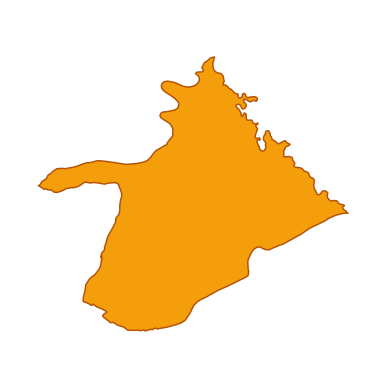 Kenethao, Xaignabouri, Laos (orthographic projection), rotated 261°
{"feature_id": "54806243B29120113935386", "entity_name": "Kenethao", "entity_type": "district", "adm_level": 2, "iso_a3": "LAO", "parent_name": "Laos", "parent_adm1": "Xaignabouri", "projection": "orthographic", "projection_center": [101.393, 17.858], "detail": "fine", "context": "isolated", "style": "filled", "palette": "amber", "viewbox_px": 384, "rotation_deg": 261, "n_neighbors": 0, "source": "geoboundaries", "source_scale": "gbopen_adm2", "svg_char_len": 6010}
<svg xmlns="http://www.w3.org/2000/svg" viewBox="0 0 384 384"><g transform="rotate(261 192 192)"><path d="M146.9,342.5L149.0,341.0L151.2,338.8L152.4,338.5L153.5,338.4L153.8,338.6L154.4,340.1L154.6,340.3L155.0,340.3L156.0,338.7L157.1,335.8L157.5,335.4L159.4,334.4L160.8,333.3L161.5,329.8L161.3,328.6L161.3,328.2L162.0,327.1L163.4,325.9L164.7,325.2L166.1,324.9L167.8,325.1L169.4,325.8L170.0,325.9L170.4,325.7L171.9,324.3L172.5,323.2L172.5,321.2L172.0,320.4L170.2,318.8L169.7,318.1L169.6,316.4L170.0,315.4L170.3,315.2L172.4,314.7L177.4,313.1L180.6,313.6L183.9,314.6L186.2,314.1L188.2,311.1L192.6,309.9L193.7,308.9L194.0,308.5L194.1,307.8L195.5,305.9L197.8,304.4L199.1,302.4L200.1,298.8L201.0,297.0L201.7,296.8L202.3,296.8L203.7,297.9L204.3,298.0L205.2,297.7L207.6,296.5L210.1,296.4L210.6,296.1L212.0,293.0L212.0,290.6L212.3,288.6L213.8,288.3L218.3,289.1L220.6,290.9L221.5,291.3L222.0,291.9L222.7,294.7L223.2,295.8L223.7,296.2L224.0,296.0L226.0,293.2L228.0,292.1L228.1,291.5L227.7,289.9L226.1,285.6L226.1,285.0L226.4,284.6L229.8,281.4L230.8,279.9L231.3,279.5L232.0,279.2L233.2,279.3L233.8,279.1L235.6,278.2L237.2,278.3L240.0,277.5L240.4,277.0L240.7,276.4L240.7,275.5L240.4,274.8L239.6,274.0L238.8,273.7L237.5,273.4L236.3,272.0L234.8,271.2L232.8,270.9L231.9,271.0L229.1,272.4L228.3,272.6L226.9,271.9L225.2,272.0L223.8,271.6L221.7,269.8L221.3,269.2L221.3,268.6L221.5,267.7L222.1,266.9L223.8,265.6L226.0,265.5L229.9,264.2L232.6,264.2L233.1,264.5L233.3,264.9L232.6,267.0L233.0,267.5L233.8,267.4L234.9,267.0L234.7,265.0L235.3,263.7L235.9,263.2L237.0,263.0L239.5,264.1L241.6,265.4L243.9,266.4L245.0,266.3L247.2,265.2L247.6,265.3L248.2,266.0L248.6,267.1L249.0,267.7L249.6,267.8L249.8,267.6L249.4,266.4L249.5,265.5L250.0,263.8L250.5,263.2L253.0,262.6L253.7,262.0L253.9,261.0L254.0,259.0L254.3,258.1L254.7,257.6L255.0,257.3L255.6,257.2L256.9,257.1L260.0,257.7L261.5,256.8L261.7,256.4L261.6,255.8L260.8,255.0L258.8,253.8L258.9,253.4L259.5,252.7L260.0,252.5L260.9,252.8L261.8,252.8L265.5,251.6L266.8,250.9L268.9,249.2L270.2,248.9L270.7,249.0L271.2,249.6L271.4,251.1L271.2,252.2L270.6,252.9L269.6,253.4L266.5,254.6L266.1,255.0L266.0,255.7L266.3,257.0L267.2,258.2L268.0,258.8L269.4,259.2L270.7,258.9L272.3,257.7L273.8,257.3L274.5,257.3L275.0,257.5L275.2,257.8L275.4,258.4L275.2,259.0L274.0,260.9L272.3,262.9L272.0,263.8L272.0,264.4L272.9,266.9L272.9,267.3L272.5,268.2L271.8,268.9L271.6,269.7L272.4,270.6L274.1,271.1L275.3,270.4L276.4,268.6L276.6,265.9L276.5,262.7L276.5,261.8L276.7,261.4L277.4,260.6L278.1,260.2L280.4,259.8L280.9,259.4L281.2,258.9L281.1,258.0L280.7,257.1L278.6,256.7L277.9,256.1L277.6,255.3L277.3,254.3L277.5,253.2L278.6,252.5L279.1,252.4L280.8,252.7L281.5,252.7L281.8,252.5L282.1,251.0L283.4,249.4L284.9,248.2L287.1,247.0L287.8,245.8L288.9,244.6L290.2,244.0L292.3,242.1L292.6,241.6L292.5,240.3L292.7,239.9L293.5,239.5L296.2,241.0L296.9,241.2L298.5,240.9L301.2,241.0L301.7,240.8L302.8,240.2L304.4,239.1L305.0,237.9L305.3,236.5L307.3,233.8L308.5,233.0L310.2,232.5L312.1,232.3L315.4,232.7L316.7,233.1L318.1,233.9L320.0,234.4L321.6,235.3L321.8,235.3L321.9,235.1L321.5,231.4L320.9,230.2L318.9,227.3L318.3,225.3L318.0,224.7L313.5,221.3L312.6,221.4L310.7,222.3L310.1,222.2L309.3,221.5L309.0,220.6L309.5,217.3L309.6,215.8L308.5,214.1L305.9,216.3L304.0,217.0L302.3,217.0L300.6,216.4L299.2,215.4L297.8,213.6L296.7,211.5L296.2,208.5L296.1,206.6L296.2,205.1L296.5,203.5L297.9,199.7L302.0,193.3L303.7,190.1L305.3,185.1L305.2,181.6L304.9,180.9L303.8,179.5L303.1,179.0L302.2,178.5L300.5,178.3L299.4,178.3L298.4,178.7L297.1,179.5L296.4,180.0L294.1,182.2L289.1,187.8L287.5,189.4L285.6,190.8L282.5,192.7L282.1,192.7L281.3,192.7L279.0,192.2L276.9,190.7L275.8,188.1L275.5,185.2L275.3,181.2L275.5,175.8L274.8,173.8L272.8,172.4L270.9,172.6L269.3,173.9L267.8,175.4L265.4,178.3L263.1,180.7L260.0,182.2L256.7,183.0L251.6,181.9L250.5,181.9L247.5,178.4L244.6,175.4L242.6,174.5L242.4,172.7L240.9,169.3L238.7,163.3L237.3,161.3L232.5,156.3L230.0,152.8L229.0,148.2L228.8,141.6L229.0,137.8L229.7,130.7L233.5,119.0L235.7,111.8L237.3,105.6L237.4,104.0L237.7,103.1L237.1,97.8L237.0,95.3L237.3,92.7L236.8,88.5L235.6,83.2L235.1,79.7L234.9,75.8L235.1,74.4L234.7,71.0L235.7,67.4L236.1,62.6L236.0,61.8L234.7,59.0L233.1,56.2L232.3,55.4L231.7,54.2L231.6,53.0L230.8,52.1L228.5,50.6L227.3,49.2L226.0,45.8L225.3,44.9L223.9,44.0L222.6,42.5L222.2,41.5L219.1,45.1L217.8,46.0L217.9,48.4L216.6,50.1L216.0,53.2L213.3,56.0L212.7,59.1L213.5,63.8L215.1,68.9L215.1,73.0L214.8,76.2L215.1,79.5L216.2,82.9L218.0,86.3L218.5,89.1L217.6,90.4L216.8,93.2L216.7,96.7L216.1,99.1L213.5,106.8L213.8,111.6L213.2,118.1L211.1,120.7L209.6,120.7L203.3,122.1L199.6,122.2L194.4,119.9L189.7,118.5L186.0,118.0L181.5,116.5L178.3,112.9L173.7,111.6L169.6,108.5L161.4,102.0L150.5,96.8L149.0,96.8L147.2,95.0L146.6,94.0L145.0,93.1L144.7,92.7L143.8,92.4L143.1,92.8L142.5,92.9L142.1,92.4L142.3,91.8L141.9,91.7L140.8,92.2L140.3,92.8L139.9,92.8L138.5,91.6L137.2,91.3L136.9,91.5L132.8,89.9L129.5,87.4L125.5,83.1L123.9,80.0L122.1,77.1L117.0,72.6L112.7,71.4L104.6,68.1L102.3,67.5L100.7,67.5L99.7,69.6L98.3,71.8L97.1,73.4L95.9,74.8L95.7,75.1L95.8,75.5L96.2,76.1L96.5,76.3L96.6,76.9L95.3,78.1L93.0,80.7L91.1,84.0L87.2,89.1L86.8,89.2L84.8,85.3L84.3,84.7L83.8,84.5L83.3,84.5L82.3,85.1L80.9,86.2L77.5,89.6L75.9,90.7L75.7,91.2L75.4,93.6L75.2,94.1L74.1,95.6L72.7,96.9L71.9,98.0L69.3,103.4L65.7,106.8L65.3,108.4L64.2,114.4L63.8,117.8L63.2,119.1L63.1,120.1L63.2,123.4L62.9,123.7L62.2,123.9L62.1,124.3L62.8,129.2L62.3,131.7L63.2,134.1L63.2,134.6L62.6,135.8L62.1,136.4L62.3,137.0L62.3,141.8L62.4,146.3L63.6,156.8L64.6,161.4L66.5,165.4L73.0,171.4L78.6,175.1L80.2,176.6L82.9,180.4L84.1,183.1L86.5,191.0L89.1,197.6L90.8,202.3L93.9,213.9L98.6,229.0L100.4,234.1L104.3,235.6L107.2,235.4L114.6,236.2L116.7,237.1L120.7,239.7L124.2,242.3L126.0,244.6L127.2,247.6L127.2,250.7L125.0,253.2L123.5,255.9L122.8,259.5L123.8,262.2L124.5,265.4L125.5,269.0L126.3,273.8L133.2,292.9L137.8,302.6L142.7,318.8L144.5,322.7L146.0,328.1L146.7,331.2L147.2,337.7L146.9,342.5Z" fill="#f59e0b" stroke="#b45309" stroke-width="1.5"/></g></svg>